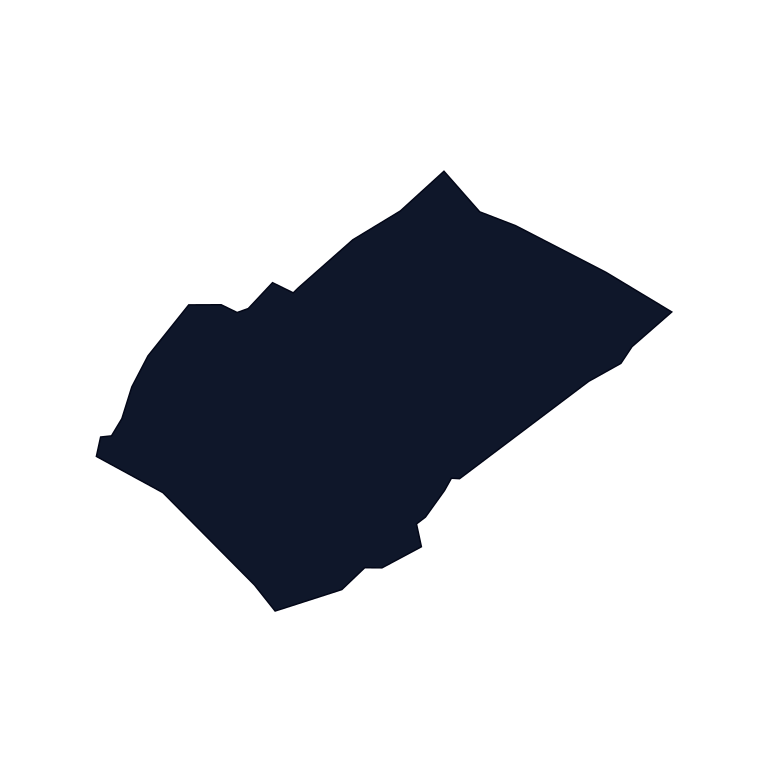 the district of Wythe, Virginia, United States of America, rotated 338°
{"feature_id": "52423323B95970621217609", "entity_name": "Wythe", "entity_type": "district", "adm_level": 2, "iso_a3": "USA", "parent_name": "United States of America", "parent_adm1": "Virginia", "projection": "robinson", "projection_center": [-81.09, 36.916], "detail": "fine", "context": "isolated", "style": "filled", "palette": "ink", "viewbox_px": 768, "rotation_deg": 338, "n_neighbors": 0, "source": "geoboundaries", "source_scale": "gbopen_adm2", "svg_char_len": 602}
<svg xmlns="http://www.w3.org/2000/svg" viewBox="0 0 768 768"><g transform="rotate(338 384 384)"><path d="M677.8,425.0L631.8,363.8L565.4,286.6L537.2,260.2L519.3,209.2L463.9,229.7L409.1,238.6L340.8,262.7L334.0,265.5L318.6,248.3L286.4,263.2L274.6,262.7L262.7,249.5L232.6,237.5L175.7,269.5L149.1,292.2L128.0,317.9L111.9,330.0L101.4,327.0L90.2,343.4L138.3,401.9L188.6,521.8L198.0,553.7L267.9,558.8L297.3,547.1L313.3,553.7L357.7,548.9L361.7,525.9L372.6,522.9L400.1,505.5L411.2,496.6L418.6,500.1L574.8,458.2L611.4,453.6L627.9,442.3L677.8,425.0Z" fill="#0f172a" stroke="#020617" stroke-width="1.5"/></g></svg>